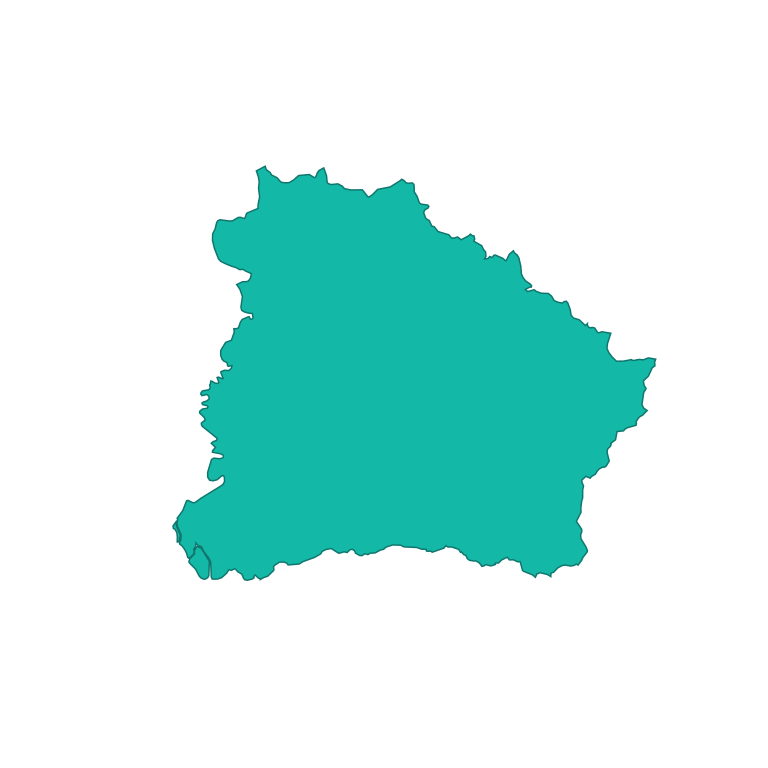 outline of Tosagua, Manabi, Ecuador, rotated 244°
{"feature_id": "8360857B34654590669506", "entity_name": "Tosagua", "entity_type": "district", "adm_level": 2, "iso_a3": "ECU", "parent_name": "Ecuador", "parent_adm1": "Manabi", "projection": "albers", "projection_center": [-80.266, -0.776], "detail": "fine", "context": "isolated", "style": "filled", "palette": "teal", "viewbox_px": 768, "rotation_deg": 244, "n_neighbors": 0, "source": "geoboundaries", "source_scale": "gbopen_adm2", "svg_char_len": 6173}
<svg xmlns="http://www.w3.org/2000/svg" viewBox="0 0 768 768"><g transform="rotate(244 384 384)"><path d="M568.0,449.7L572.9,439.3L576.4,434.7L577.9,433.7L580.0,433.3L584.1,430.3L586.4,424.0L588.5,421.7L590.4,421.4L596.3,423.6L604.6,424.6L604.4,419.2L603.1,416.8L600.1,413.5L599.9,412.4L600.5,411.5L605.0,408.7L608.8,398.7L607.0,392.2L606.6,387.7L606.8,386.2L608.8,382.2L610.8,379.8L616.3,378.3L621.2,374.5L624.0,374.4L628.2,372.1L631.8,372.7L631.5,362.7L625.2,361.9L620.3,360.4L614.8,357.0L606.6,354.2L601.1,349.9L597.0,347.6L597.7,336.1L597.6,335.3L594.4,332.2L594.1,330.7L596.6,328.3L597.6,326.0L597.1,319.4L598.0,316.9L603.5,308.6L603.6,306.2L602.5,304.4L597.3,300.1L594.0,295.8L588.3,292.8L579.9,291.0L569.0,290.1L566.0,290.9L561.8,294.1L556.7,298.6L553.8,301.8L550.1,304.4L548.7,307.7L546.2,309.1L541.3,313.2L537.8,310.4L536.1,307.5L536.2,305.5L537.9,301.6L538.0,295.2L532.2,296.0L524.7,295.1L515.8,289.1L512.6,288.4L510.1,290.0L507.4,292.9L505.0,296.6L501.1,295.4L500.3,294.3L500.2,293.0L500.8,292.3L503.5,292.3L503.9,291.5L504.2,284.8L502.4,281.9L498.2,277.7L498.5,275.4L499.5,273.3L496.2,272.1L490.2,266.0L490.8,259.9L486.3,252.8L485.3,251.7L481.4,249.8L477.4,249.3L474.9,250.0L472.0,252.3L469.3,251.5L468.2,251.7L467.2,255.4L465.1,253.7L464.1,250.5L466.3,246.6L466.6,242.9L465.8,242.4L459.5,241.8L459.5,241.1L462.8,238.2L463.0,236.8L457.8,236.3L457.2,235.2L458.7,232.7L461.8,230.6L462.6,229.5L460.4,228.2L459.6,226.9L456.9,226.2L455.9,225.0L455.7,223.6L457.3,218.2L457.2,217.2L456.0,215.4L455.2,214.9L453.3,215.3L452.3,219.9L451.4,220.7L449.3,221.1L447.3,220.3L446.4,217.4L447.0,213.9L446.6,212.0L445.0,211.9L442.1,215.5L440.6,215.8L439.7,214.5L441.1,209.9L440.2,206.3L438.7,205.6L433.0,207.7L430.1,207.6L428.9,202.7L427.5,202.1L425.7,202.1L408.1,210.3L406.7,208.7L407.1,205.2L406.5,202.8L400.9,204.7L399.2,200.7L397.9,199.9L393.1,206.3L390.7,208.2L389.6,208.1L388.5,207.2L388.3,205.8L389.1,203.1L392.0,198.5L391.7,195.8L381.9,186.8L377.6,184.7L373.9,185.1L371.9,188.1L371.1,192.2L372.6,198.2L372.3,199.0L371.8,199.6L370.2,199.6L366.3,198.0L364.3,195.2L363.8,192.2L361.6,169.6L360.3,162.4L361.1,160.1L365.3,156.9L365.6,155.4L358.4,147.6L354.0,139.2L352.9,139.3L349.8,137.1L347.0,136.0L337.3,135.6L332.8,132.9L330.7,130.4L329.6,130.2L326.9,131.6L322.3,132.3L318.6,132.4L314.2,131.6L313.0,132.2L313.4,134.8L314.9,138.7L316.4,139.8L319.1,140.6L320.2,143.2L323.6,145.3L320.3,146.1L317.7,148.7L312.2,148.6L304.5,150.2L300.0,150.2L286.2,144.1L284.2,144.1L283.6,144.7L281.7,148.8L281.1,153.2L282.9,159.5L285.1,163.3L283.4,165.1L283.4,168.7L282.5,169.5L279.4,170.2L275.4,172.9L270.8,172.6L268.9,173.2L267.5,175.3L266.4,180.4L266.8,182.2L267.8,182.2L268.9,184.4L264.7,186.0L263.0,187.5L262.5,187.2L262.8,191.1L262.2,195.1L264.7,202.9L265.2,203.6L268.2,204.6L269.0,206.3L269.7,212.0L267.8,216.0L265.6,218.1L263.4,218.5L259.4,228.8L259.9,233.1L258.6,245.5L259.0,252.1L259.6,253.7L260.7,254.8L260.6,259.8L259.2,264.5L252.0,268.9L251.4,270.0L250.7,274.5L248.7,277.0L249.9,280.5L249.5,282.8L247.3,284.4L244.4,284.3L240.6,286.9L239.4,288.9L239.8,292.4L237.7,294.8L238.0,297.3L236.1,302.0L236.3,308.2L235.6,311.1L236.5,314.5L235.5,321.4L231.8,328.3L228.8,330.6L222.7,341.8L219.1,345.3L216.9,349.5L215.5,348.9L214.8,349.4L213.3,352.7L211.7,353.6L210.2,365.9L211.6,368.7L209.4,370.0L207.9,373.3L202.7,378.6L199.2,379.0L199.0,380.0L195.7,380.9L194.1,382.4L190.6,382.3L188.1,383.5L185.4,387.3L184.9,388.9L181.3,391.3L177.2,392.0L176.7,393.9L177.0,396.3L173.7,400.2L173.0,404.1L173.0,405.0L173.8,405.0L174.2,405.6L172.9,408.6L174.3,412.6L174.3,418.9L171.0,419.5L169.2,423.3L165.5,426.3L164.7,428.5L155.8,426.8L154.4,427.4L147.4,433.8L143.9,435.3L146.2,438.1L146.0,441.5L141.2,447.3L137.8,449.5L140.8,451.1L140.5,454.1L142.6,459.7L142.7,464.4L141.9,467.4L138.5,472.1L137.7,475.0L137.7,478.0L136.2,479.0L138.8,484.3L140.6,486.2L144.0,492.9L145.0,493.8L148.9,494.1L158.7,493.2L162.2,494.6L164.4,496.9L166.8,498.0L176.2,496.7L182.4,504.9L185.8,506.3L192.1,510.3L194.5,512.6L201.8,516.2L204.8,518.6L209.6,518.9L211.0,520.0L212.5,525.0L209.0,528.0L209.9,529.9L210.3,534.4L212.4,537.8L213.3,540.2L213.5,543.3L212.6,546.0L212.8,547.7L216.1,552.7L224.7,554.5L226.8,555.9L227.8,557.0L228.8,560.3L230.4,561.8L231.3,561.8L232.3,567.6L239.1,572.6L236.9,578.7L237.9,581.2L238.0,583.7L236.4,592.4L237.5,593.4L239.6,594.0L241.9,597.9L242.5,599.7L242.6,602.7L244.8,608.9L248.6,606.8L252.4,606.8L262.5,613.7L265.0,617.6L268.8,617.2L273.1,618.5L275.2,625.1L281.0,632.2L281.6,635.5L285.0,636.8L287.2,639.1L291.6,633.0L292.0,627.8L294.4,623.7L295.5,619.3L296.4,617.5L297.4,617.2L299.6,609.2L302.6,602.9L308.2,600.9L313.7,599.8L318.3,600.0L322.4,602.6L330.2,610.1L335.5,602.6L335.8,599.8L336.6,598.6L342.0,597.9L343.6,595.9L344.1,593.9L345.6,592.7L347.8,592.6L349.1,593.3L348.3,590.6L356.2,587.6L360.3,583.1L364.1,582.4L369.2,584.0L376.2,584.7L378.4,584.2L379.1,582.0L378.5,579.7L381.7,575.7L384.4,573.5L389.7,573.1L393.3,571.4L396.7,565.1L400.5,561.4L402.9,560.3L404.1,553.7L407.0,552.4L407.2,557.6L406.5,558.8L407.5,559.7L409.4,559.4L414.8,556.4L419.0,555.6L422.8,555.8L430.0,558.6L438.3,560.5L441.5,560.2L444.9,558.7L447.0,558.7L445.7,553.5L441.3,548.0L441.4,547.3L444.8,545.9L451.2,540.5L451.5,538.9L450.4,537.3L450.5,536.4L452.2,535.0L451.2,532.4L452.3,529.2L454.1,531.6L458.1,533.2L461.1,532.4L465.5,532.4L473.0,527.3L474.6,529.1L477.7,529.8L478.5,528.5L480.8,527.4L480.1,525.0L479.8,516.6L483.9,514.6L484.3,511.5L485.6,508.7L489.7,507.7L497.3,499.4L503.3,498.1L505.1,496.1L510.9,496.4L513.9,494.4L515.4,494.2L520.8,494.8L522.7,497.3L522.8,500.6L524.0,502.2L525.7,501.7L529.4,496.2L531.4,495.2L538.3,496.0L543.4,495.4L549.3,498.1L550.5,498.3L552.3,497.6L553.9,493.6L555.2,492.1L558.5,491.0L560.3,489.6L559.7,488.1L558.4,476.0L561.7,463.5L559.3,456.9L558.6,452.3L559.7,451.5L568.0,449.7ZM301.2,149.3L316.3,147.7L319.7,145.2L319.5,143.7L317.5,140.7L314.3,139.2L312.2,133.2L310.1,130.9L308.8,130.6L300.1,133.5L292.3,133.7L289.7,134.6L287.5,136.5L287.0,137.9L287.2,140.6L288.6,142.6L301.2,149.3ZM332.7,128.9L332.3,129.4L333.1,131.5L337.7,134.7L346.7,135.1L351.3,136.6L348.9,132.1L346.5,131.4L344.9,132.5L341.0,132.6L337.1,131.2L332.7,128.9Z" fill="#14b8a6" stroke="#0f766e" stroke-width="1.5"/></g></svg>